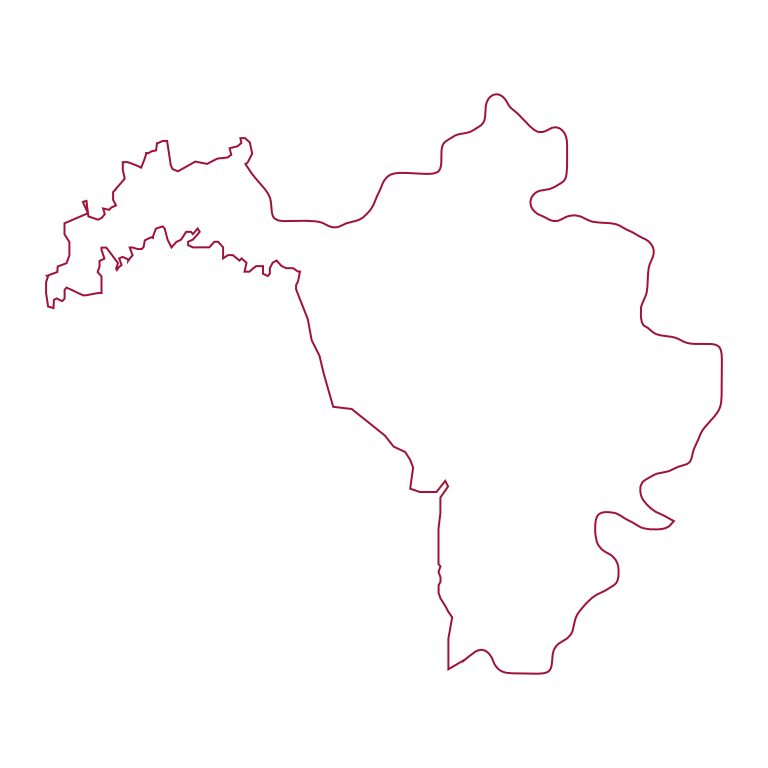 outline of Comendador, La Estrelleta, Dominican Republic
{"feature_id": "3306468B70878351440693", "entity_name": "Comendador", "entity_type": "district", "adm_level": 2, "iso_a3": "DOM", "parent_name": "Dominican Republic", "parent_adm1": "La Estrelleta", "projection": "robinson", "projection_center": [-71.739, 18.919], "detail": "fine", "context": "isolated", "style": "outline", "palette": "rose", "viewbox_px": 768, "rotation_deg": 0, "n_neighbors": 0, "source": "geoboundaries", "source_scale": "gbopen_adm2", "svg_char_len": 6077}
<svg xmlns="http://www.w3.org/2000/svg" viewBox="0 0 768 768"><path d="M247.3,162.9L248.3,161.3L252.2,153.6L251.5,150.4L249.8,142.4L245.0,138.1L240.4,138.1L241.4,143.0L237.5,146.3L229.6,148.2L230.1,150.4L231.3,154.7L227.6,157.5L217.3,158.6L207.1,163.9L195.3,161.6L178.0,171.3L172.6,169.1L170.8,165.4L167.1,140.9L162.6,141.0L157.8,143.2L157.2,143.0L156.9,143.7L156.1,150.4L151.6,151.3L148.4,153.2L146.1,153.0L146.1,154.3L144.2,159.9L141.2,167.6L136.4,165.4L127.6,162.1L122.8,162.1L122.8,169.9L124.0,175.3L124.7,178.7L115.6,189.2L115.7,189.4L113.6,191.5L113.1,192.1L113.1,199.8L113.6,200.7L116.0,205.4L111.2,207.6L109.2,209.8L103.1,208.5L104.8,214.1L101.8,217.8L98.1,219.7L88.4,216.4L88.0,213.2L82.9,215.4L64.5,223.3L64.5,228.7L64.5,231.1L64.5,234.3L69.4,242.1L69.4,255.4L66.5,263.2L57.7,266.5L57.3,272.0L47.0,275.8L48.0,276.5L46.1,282.1L46.1,293.2L48.1,306.5L53.5,308.1L53.9,299.9L56.7,298.4L61.2,300.8L62.3,301.0L64.6,298.7L64.6,289.8L66.5,287.6L71.4,289.8L78.2,293.1L83.1,295.3L86.0,295.3L91.3,294.3L97.7,293.1L101.5,293.0L101.5,276.4L97.6,272.0L99.6,266.4L99.5,261.8L99.5,260.9L104.4,258.7L103.9,257.0L101.5,249.8L101.5,247.6L106.3,247.6L110.7,253.3L118.0,263.1L116.1,268.6L116.9,270.0L119.0,267.0L121.6,265.1L119.2,258.4L122.6,256.9L128.3,259.5L128.2,260.8L129.7,258.6L132.6,255.3L129.7,247.5L132.6,247.5L137.7,249.1L141.8,249.0L143.6,247.0L144.8,240.4L151.0,237.3L153.0,237.9L153.0,236.4L155.9,228.6L162.7,226.4L164.7,228.6L167.6,239.7L171.5,247.4L176.4,241.9L181.2,239.6L186.1,231.9L190.9,231.8L192.9,234.1L197.7,228.5L199.7,231.8L197.8,234.1L192.9,239.6L188.1,241.8L188.1,242.5L188.1,243.7L188.1,244.1L188.1,245.2L192.9,247.4L209.4,247.3L214.3,241.8L218.2,241.8L223.1,247.3L223.1,258.4L228.0,255.1L232.8,255.1L239.6,260.6L241.6,258.4L246.5,262.8L246.3,263.7L244.5,271.7L249.4,271.7L253.3,268.3L256.2,266.1L263.0,266.1L263.0,273.8L267.9,276.0L268.5,275.3L269.8,273.8L269.8,268.3L272.7,262.7L276.6,260.5L281.5,266.0L286.3,268.2L293.1,268.2L298.0,271.5L300.0,271.5L298.0,281.5L296.1,284.9L296.1,289.3L297.9,294.0L307.8,319.2L311.7,340.3L319.5,355.8L322.6,368.9L323.4,372.4L333.2,406.8L351.7,409.0L384.8,435.5L388.3,439.9L393.6,446.6L405.3,452.1L410.2,459.9L413.1,467.6L410.2,488.7L419.9,492.0L436.5,492.0L445.2,480.9L448.1,486.4L445.7,489.9L440.4,497.5L440.4,513.0L438.5,528.6L438.5,564.1L440.5,566.3L438.5,571.8L440.5,577.4L440.5,581.8L438.6,585.1L438.6,592.9L440.5,598.4L445.4,606.2L448.3,611.7L452.2,617.3L448.4,638.4L448.4,669.3L463.3,660.5L463.3,661.0L468.7,656.6L475.4,651.6L478.3,650.3L481.7,649.8L485.0,650.6L486.4,651.4L488.9,653.5L491.7,657.5L494.3,663.8L496.1,666.6L498.3,669.0L499.6,670.1L502.8,671.8L506.4,672.8L512.2,673.3L537.9,673.7L543.3,673.3L546.7,672.4L548.2,671.6L549.5,670.5L550.4,669.1L551.1,667.6L551.8,664.3L552.8,653.7L553.8,650.2L554.5,648.7L556.4,645.9L558.7,643.6L567.0,638.5L570.4,635.0L572.1,632.1L572.7,630.4L574.7,621.5L575.7,617.9L577.4,614.3L579.7,611.0L586.2,603.3L592.0,597.9L596.8,594.6L604.5,591.0L613.8,585.3L616.2,583.1L617.7,579.9L618.5,576.1L618.6,570.0L618.1,565.8L617.5,563.8L615.9,560.3L613.8,557.6L611.4,555.3L604.3,551.3L601.7,549.3L598.5,545.4L596.8,541.9L595.6,535.9L595.2,531.8L595.2,525.7L595.8,520.0L597.1,516.5L598.2,514.9L599.7,513.7L601.3,512.9L604.7,512.1L608.4,512.1L614.0,512.8L615.8,513.3L619.1,514.8L626.1,519.2L632.3,522.3L638.0,525.8L640.9,527.4L644.6,528.5L650.2,529.3L657.9,529.4L661.6,529.0L665.1,528.3L668.3,526.8L669.6,525.8L673.9,521.1L663.3,515.3L655.5,511.7L650.9,508.4L646.7,504.4L643.1,499.9L641.4,496.4L640.8,494.6L640.3,490.9L640.4,487.3L640.8,485.6L642.3,482.5L643.4,481.2L645.9,479.5L654.1,474.8L657.2,473.6L665.8,471.9L669.2,471.0L677.9,466.9L687.0,464.1L689.5,462.2L690.4,461.0L691.6,458.0L693.2,451.3L694.3,448.1L697.9,440.3L700.7,433.5L702.7,430.1L705.1,426.9L714.4,416.4L716.8,413.3L718.9,409.9L720.4,406.1L721.2,402.1L721.6,395.8L721.9,359.6L721.6,353.7L720.8,350.1L720.1,348.4L719.1,346.9L717.7,345.8L716.2,345.0L714.6,344.5L711.2,344.0L694.4,343.9L690.6,343.6L687.0,342.9L683.7,341.7L677.9,338.7L674.7,337.5L671.3,336.8L660.8,335.4L657.4,334.5L655.8,333.9L652.9,332.2L647.7,327.8L644.2,325.8L643.2,324.8L641.8,322.0L640.9,317.0L641.0,307.2L642.6,302.6L645.4,296.5L646.6,292.9L647.4,286.9L648.0,274.2L648.7,268.1L649.7,264.3L652.9,256.8L653.7,253.4L653.6,249.8L653.2,248.0L651.7,244.9L650.7,243.6L648.4,241.2L645.6,239.4L639.7,236.5L632.5,232.3L626.2,229.4L619.1,225.4L615.7,224.1L610.1,223.2L598.6,222.5L592.9,221.8L589.4,220.7L580.7,216.5L575.6,215.4L572.2,215.5L568.8,216.0L565.7,217.1L561.6,219.3L558.8,220.5L557.2,220.9L553.8,221.0L552.1,220.7L549.1,219.6L543.5,216.6L538.9,214.6L537.4,213.8L534.8,211.7L532.6,209.2L531.7,207.7L531.0,206.1L530.6,204.2L530.4,202.3L530.6,200.4L531.1,198.6L531.8,197.0L533.8,194.3L536.4,192.2L539.4,190.8L549.4,189.1L554.0,187.3L562.0,182.5L564.4,180.3L565.2,178.7L565.9,177.1L566.6,173.5L567.1,165.5L567.1,144.7L566.8,140.6L566.1,136.7L564.6,133.3L562.5,130.6L559.9,128.5L556.8,127.4L555.2,127.3L552.0,127.8L545.5,131.1L542.6,132.0L539.3,132.0L537.6,131.7L534.3,130.0L529.9,126.3L517.5,113.4L510.9,108.0L509.0,105.7L506.7,101.6L504.9,99.0L502.7,96.7L500.0,95.0L498.3,94.5L496.6,94.3L494.9,94.5L493.2,94.9L490.4,96.7L488.2,99.2L486.7,102.3L485.8,105.8L485.1,116.7L484.5,120.1L483.1,123.1L480.9,125.4L474.4,129.6L470.1,131.9L466.8,132.8L458.2,134.4L455.1,135.5L447.0,140.5L444.6,142.3L443.5,143.6L442.7,145.2L442.1,146.9L441.5,150.5L441.3,162.2L441.0,165.9L439.9,169.3L438.9,170.8L437.6,172.0L434.4,173.3L430.9,173.8L425.3,173.9L407.5,173.0L399.7,172.9L394.0,173.5L390.4,174.7L387.6,176.6L386.4,177.8L384.3,180.4L382.6,183.5L380.0,190.0L377.0,196.2L373.6,204.6L370.7,209.5L366.9,213.9L362.7,217.7L359.5,219.6L356.2,220.8L346.3,223.3L340.6,226.0L337.7,227.1L334.4,227.4L331.1,226.9L328.2,225.8L322.6,222.9L319.1,221.9L315.4,221.3L305.7,220.8L283.0,221.1L278.2,220.4L275.3,219.0L274.1,217.9L273.1,216.6L272.5,215.0L271.8,211.8L271.0,202.9L270.4,199.2L269.8,197.4L268.2,193.8L264.7,188.9L255.4,178.1L251.6,173.3L245.4,164.0L247.3,162.9ZM88.0,213.2L86.9,204.8L86.5,200.9L83.0,201.8L82.9,202.1L88.0,213.2Z" fill="none" stroke="#9f1239" stroke-width="2"/></svg>